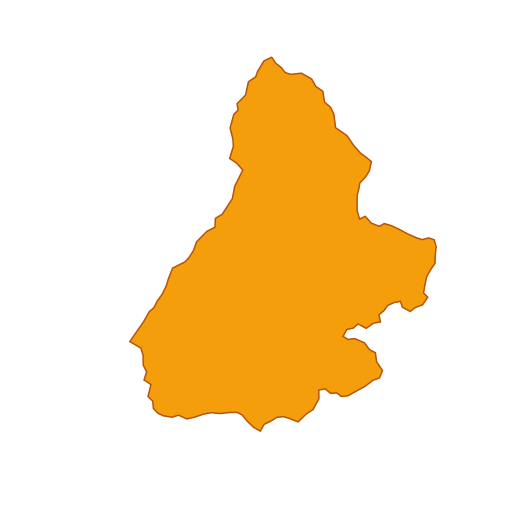 outline of Piquete, São Paulo, Brazil, rotated 331°
{"feature_id": "56859067B52482301605957", "entity_name": "Piquete", "entity_type": "district", "adm_level": 2, "iso_a3": "BRA", "parent_name": "Brazil", "parent_adm1": "São Paulo", "projection": "orthographic", "projection_center": [-45.168, -22.578], "detail": "fine", "context": "isolated", "style": "filled", "palette": "amber", "viewbox_px": 512, "rotation_deg": 331, "n_neighbors": 0, "source": "geoboundaries", "source_scale": "gbopen_adm2", "svg_char_len": 1934}
<svg xmlns="http://www.w3.org/2000/svg" viewBox="0 0 512 512"><g transform="rotate(331 256 256)"><path d="M93.4,326.6L95.3,332.8L92.3,339.8L94.0,346.0L97.4,350.8L104.5,356.3L111.1,357.7L116.5,365.0L124.3,367.2L134.4,369.1L141.2,371.5L148.1,376.3L157.4,380.2L163.5,383.5L166.8,388.2L168.4,396.7L171.1,405.1L174.9,411.3L181.4,407.2L189.2,407.6L196.1,407.2L202.3,409.9L206.5,414.4L212.4,421.5L223.1,418.6L231.6,417.9L237.0,414.4L241.9,411.3L245.9,403.7L252.1,405.7L254.7,412.4L260.2,414.8L262.5,420.2L268.4,422.8L278.1,422.8L288.8,422.8L298.1,421.4L304.9,422.5L311.1,417.5L310.2,407.0L313.5,398.5L309.9,393.0L308.7,384.3L302.2,376.0L296.0,373.6L293.2,368.5L299.8,364.3L306.1,366.2L312.3,364.9L317.3,372.7L326.1,371.7L332.9,374.0L335.0,367.0L341.3,365.9L347.2,363.1L354.4,363.7L360.3,365.7L359.2,371.7L363.9,379.2L370.8,378.3L378.0,379.5L386.2,375.3L384.7,369.5L389.0,364.1L395.5,356.6L403.3,352.0L409.0,349.2L413.1,342.4L418.0,335.3L419.7,328.2L415.8,323.9L409.3,322.3L404.7,317.3L399.1,309.8L393.7,301.4L389.0,295.0L383.9,289.8L378.2,289.8L372.7,283.0L370.8,274.2L364.5,273.9L366.4,265.5L370.2,258.5L373.8,252.2L378.5,247.1L382.1,242.6L390.8,239.7L396.5,236.4L402.7,229.3L399.8,222.2L397.3,216.8L395.0,206.7L393.9,195.0L391.4,189.6L387.8,182.4L392.9,169.6L393.3,162.2L390.6,154.6L394.3,144.4L390.5,136.6L390.5,128.2L384.3,118.1L374.5,114.0L370.5,109.8L369.4,103.3L366.7,96.9L366.1,89.8L357.7,89.2L346.9,95.3L342.7,99.1L333.9,99.9L324.8,110.2L313.3,113.6L311.1,119.7L305.2,121.4L295.4,131.5L292.4,142.7L289.3,149.2L280.2,157.9L284.0,165.1L286.1,174.4L271.2,184.7L263.1,194.4L246.7,203.1L238.7,203.4L234.1,210.9L225.0,210.6L210.9,214.8L203.8,221.0L196.2,225.1L190.9,226.7L177.3,226.1L168.6,233.2L163.2,238.5L155.5,243.9L148.0,247.4L141.7,251.7L135.8,252.9L124.7,259.6L115.8,263.9L104.1,269.7L110.7,280.7L109.0,288.5L104.5,296.5L104.2,304.3L98.0,310.1L101.8,317.5L93.4,326.6Z" fill="#f59e0b" stroke="#b45309" stroke-width="1.5"/></g></svg>